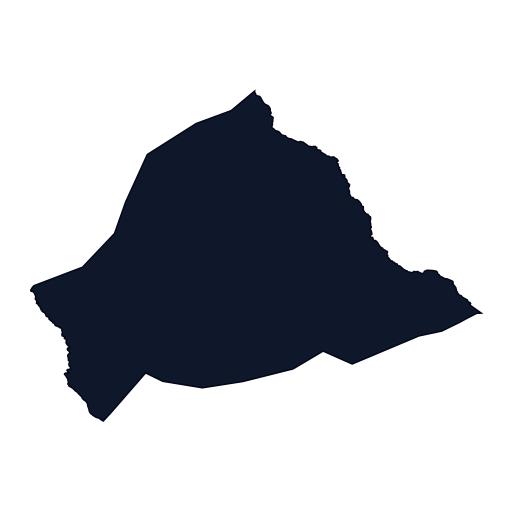 outline of Rashaant, Bulgan, Mongolia
{"feature_id": "93677404B56820706932581", "entity_name": "Rashaant", "entity_type": "district", "adm_level": 2, "iso_a3": "MNG", "parent_name": "Mongolia", "parent_adm1": "Bulgan", "projection": "natural_earth1", "projection_center": [103.869, 47.423], "detail": "fine", "context": "isolated", "style": "filled", "palette": "ink", "viewbox_px": 512, "rotation_deg": 0, "n_neighbors": 0, "source": "geoboundaries", "source_scale": "gbopen_adm2", "svg_char_len": 5918}
<svg xmlns="http://www.w3.org/2000/svg" viewBox="0 0 512 512"><path d="M352.2,364.0L419.0,335.9L441.7,331.1L459.9,322.2L467.0,318.3L476.8,313.3L480.3,313.2L481.3,313.1L480.7,312.7L470.4,305.4L470.1,304.6L470.6,303.7L470.2,303.2L469.9,302.4L469.1,302.5L468.1,301.7L467.4,300.0L466.5,299.4L465.2,298.8L462.3,297.1L461.2,295.7L458.9,294.9L458.5,294.0L457.4,293.1L457.5,292.2L456.5,291.1L455.9,287.9L454.6,286.0L453.4,284.6L453.0,283.0L453.0,281.7L452.0,280.9L447.2,278.9L444.8,278.6L439.7,275.9L439.1,274.7L437.7,273.8L437.3,272.1L436.1,271.1L432.5,270.5L426.8,270.2L425.9,270.9L424.4,271.2L424.0,272.7L422.9,273.5L420.7,273.2L417.6,271.4L415.9,271.8L414.1,271.4L413.3,271.9L412.4,272.6L411.3,272.6L410.1,272.2L407.4,271.7L407.0,270.8L405.6,270.5L403.0,268.8L400.0,266.1L398.7,265.8L397.6,265.3L397.2,264.2L396.8,263.8L395.5,263.6L394.5,263.1L394.5,262.5L393.0,262.0L392.4,261.1L391.3,260.9L390.3,260.3L389.9,259.6L388.7,258.0L387.5,257.1L387.7,255.9L387.7,255.3L386.9,254.9L386.9,253.8L387.3,252.8L387.5,251.8L387.2,251.3L385.9,251.0L385.5,250.5L384.8,250.0L383.2,249.6L382.8,248.4L380.2,246.8L378.5,244.3L377.9,243.0L376.4,241.2L375.2,240.5L374.6,240.7L373.8,240.4L372.9,238.6L372.7,237.5L371.5,237.4L370.7,237.2L370.3,236.4L370.4,235.6L371.0,234.9L371.8,234.4L371.9,233.7L371.5,231.9L371.2,230.8L370.8,230.1L370.2,229.5L370.2,228.7L370.8,228.1L371.2,227.6L371.1,226.2L370.4,225.4L370.7,224.3L370.5,223.1L370.4,222.3L370.1,221.6L370.1,220.9L370.5,220.3L370.5,219.5L370.7,217.9L370.4,216.9L369.5,216.5L369.0,215.7L368.0,214.5L365.9,213.6L364.2,211.6L363.4,210.0L363.3,208.8L363.3,206.7L362.2,206.3L361.5,205.5L361.3,204.3L360.4,202.9L358.8,201.0L357.5,199.9L356.4,199.6L355.3,199.6L354.4,199.3L353.9,198.8L353.5,198.0L353.1,197.6L351.7,197.4L350.9,197.0L350.5,196.0L349.5,194.1L349.4,193.3L349.5,192.4L349.5,191.7L349.3,190.9L348.9,189.7L348.4,188.8L348.5,188.0L349.4,186.0L349.6,184.9L349.2,184.3L348.6,183.6L347.7,183.0L347.4,182.7L347.1,182.2L347.1,181.1L346.9,180.2L346.4,179.4L344.3,177.5L344.0,177.0L344.7,177.0L344.8,176.3L344.6,175.2L344.3,174.9L343.9,174.7L342.3,174.8L341.6,174.5L341.0,172.6L340.4,170.0L340.0,169.7L339.3,169.3L339.0,169.0L338.9,168.6L339.1,168.2L339.5,168.0L339.6,167.8L338.8,167.0L338.4,166.3L338.0,164.7L338.1,164.2L338.1,163.8L337.1,162.9L336.8,162.4L336.7,162.0L336.8,161.6L337.2,161.4L337.7,161.3L338.0,161.1L338.1,160.5L337.1,159.5L336.9,159.0L335.4,158.2L334.1,157.1L333.3,156.9L331.8,157.1L331.1,157.3L330.4,157.3L329.4,156.4L328.7,156.2L327.7,156.2L326.9,156.0L326.1,155.4L325.3,154.6L324.3,154.1L323.8,153.7L322.4,153.0L320.8,151.8L320.6,150.6L319.7,150.1L318.4,150.0L317.4,149.7L316.9,149.4L316.7,148.6L316.7,147.7L316.7,147.4L316.0,147.2L315.5,146.9L315.4,146.5L314.6,146.6L313.8,146.3L312.4,146.9L311.2,146.7L310.6,146.4L309.5,146.5L308.4,146.1L303.2,142.2L302.7,142.0L302.1,142.0L301.5,141.9L300.6,141.5L299.8,141.6L299.1,142.0L298.4,142.1L296.7,141.5L292.8,139.7L291.8,139.1L291.3,138.9L289.2,138.6L288.5,138.4L287.8,138.1L287.0,137.6L286.4,137.1L285.8,136.1L285.2,135.7L284.3,135.7L282.6,135.2L281.9,134.9L281.1,134.2L279.3,132.1L277.7,131.2L276.0,130.8L275.2,130.4L273.5,128.7L271.9,127.7L271.8,127.1L272.2,125.5L272.5,124.5L272.5,123.8L272.2,122.6L272.4,122.2L272.8,121.6L272.8,120.0L273.1,117.4L271.3,116.2L270.3,115.3L269.7,114.7L269.7,114.1L269.9,113.9L270.4,113.9L271.0,113.5L271.1,113.0L270.5,111.5L270.2,110.6L270.3,109.2L269.5,107.3L268.5,106.1L267.5,105.4L265.5,104.5L264.7,104.0L264.0,103.3L263.1,102.1L260.3,97.1L259.6,96.4L257.1,95.8L256.1,95.4L255.8,94.7L255.4,93.3L254.7,92.8L254.7,92.0L254.7,91.0L231.2,110.6L196.2,123.5L147.3,154.5L125.6,202.1L114.5,233.5L82.5,267.2L33.9,285.7L32.5,287.3L31.5,288.8L31.2,289.6L30.7,290.0L30.8,290.7L31.0,291.1L31.4,291.3L32.6,291.5L33.2,291.9L33.7,292.3L34.5,293.4L35.7,296.4L35.7,297.3L35.3,298.4L35.4,298.9L35.6,299.5L35.9,299.8L37.0,301.2L36.5,302.7L36.5,303.2L36.7,303.5L37.1,303.6L38.1,302.9L38.4,302.9L38.7,303.0L38.6,303.4L38.3,303.6L38.1,303.9L38.0,304.2L38.0,304.5L38.9,305.7L39.9,306.7L40.3,307.6L40.6,308.6L41.2,309.7L41.5,310.3L42.3,311.3L43.3,312.1L44.5,312.8L45.0,313.3L45.4,313.9L45.7,314.5L46.0,315.4L46.3,316.2L46.9,316.6L47.7,316.8L48.5,316.9L48.8,317.2L49.0,318.9L49.3,319.4L49.7,319.7L50.1,319.9L50.6,320.3L51.3,321.1L52.4,321.4L52.6,322.1L52.6,322.6L52.9,322.8L53.8,323.1L54.2,323.4L54.6,323.9L55.1,325.1L55.4,325.5L55.7,325.7L57.9,326.4L58.6,326.7L59.1,327.3L59.6,327.6L60.5,327.8L61.6,328.5L61.8,329.4L61.9,330.6L62.3,331.8L62.3,332.8L61.9,334.4L62.1,335.8L64.1,336.5L65.0,336.9L65.1,337.2L65.1,337.5L64.4,337.9L64.3,338.2L64.4,338.5L64.6,338.6L65.9,339.2L66.3,339.8L66.3,340.9L66.1,342.3L66.1,342.9L67.0,344.4L67.6,345.2L68.1,345.7L68.9,346.3L69.5,346.8L69.7,347.2L69.7,347.6L68.4,347.8L67.8,348.1L67.4,348.8L67.3,349.4L67.5,349.9L67.9,350.4L68.6,350.8L69.0,351.3L69.5,352.0L69.8,352.5L69.8,352.9L69.5,353.3L68.1,354.6L67.8,355.1L67.7,355.7L68.2,357.9L68.5,358.7L68.5,359.2L68.3,359.9L68.4,360.3L69.2,361.0L69.4,361.4L69.5,361.8L69.2,363.2L68.9,364.2L68.9,365.0L69.1,365.5L69.6,366.4L70.3,366.8L70.4,367.4L70.5,367.9L70.0,369.2L69.5,369.4L68.5,369.4L67.6,369.6L67.1,369.9L67.0,370.3L67.1,370.7L67.3,371.1L67.7,371.6L68.4,372.1L68.8,372.8L68.7,373.0L65.4,373.1L64.7,373.6L64.5,374.2L65.0,374.9L65.5,375.4L66.7,377.3L67.4,378.5L67.8,379.3L67.9,380.2L68.4,381.8L68.4,382.4L67.8,383.9L68.0,384.2L68.7,385.0L68.8,385.6L69.0,386.0L72.4,388.0L73.1,388.6L75.4,390.9L76.2,391.4L77.3,392.2L78.4,393.6L79.9,395.0L80.1,395.3L80.6,395.6L82.0,397.3L82.2,398.0L82.8,398.8L83.2,399.3L83.7,399.8L85.3,400.8L86.2,401.7L86.4,402.1L86.8,402.5L87.3,403.4L87.6,404.3L87.7,405.7L88.9,409.2L89.1,410.2L89.3,411.2L89.6,411.8L90.0,412.4L90.6,413.5L91.7,414.1L92.6,415.1L95.1,416.7L96.3,417.4L97.1,417.6L98.1,417.9L98.6,417.8L99.1,418.2L99.8,418.7L101.4,420.0L103.3,421.0L110.7,413.0L145.6,372.9L162.7,381.3L202.4,387.8L242.9,381.5L293.1,368.9L323.1,351.1L352.2,364.0Z" fill="#0f172a" stroke="#020617" stroke-width="1.5"/></svg>